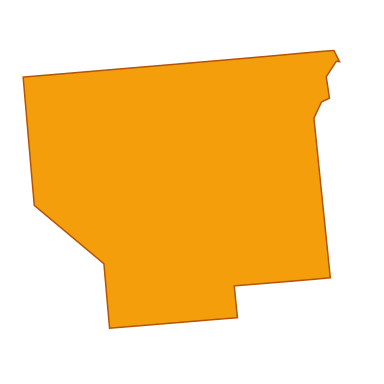 Jackson, Louisiana, United States of America, rotated 175°
{"feature_id": "52423323B48909389322021", "entity_name": "Jackson", "entity_type": "district", "adm_level": 2, "iso_a3": "USA", "parent_name": "United States of America", "parent_adm1": "Louisiana", "projection": "robinson", "projection_center": [-92.632, 32.321], "detail": "fine", "context": "isolated", "style": "filled", "palette": "amber", "viewbox_px": 384, "rotation_deg": 175, "n_neighbors": 0, "source": "geoboundaries", "source_scale": "gbopen_adm2", "svg_char_len": 439}
<svg xmlns="http://www.w3.org/2000/svg" viewBox="0 0 384 384"><g transform="rotate(175 192 192)"><path d="M61.7,94.5L63.2,194.5L64.1,254.9L55.2,270.4L46.9,273.5L48.2,295.2L36.8,309.7L33.7,309.0L38.3,320.6L52.7,320.8L109.8,320.6L143.1,320.6L350.2,321.2L350.3,224.3L350.3,192.4L343.8,185.9L286.0,128.2L286.0,81.3L286.0,63.5L180.6,63.0L157.7,62.8L158.1,94.8L80.3,94.4L61.7,94.5Z" fill="#f59e0b" stroke="#b45309" stroke-width="1.5"/></g></svg>